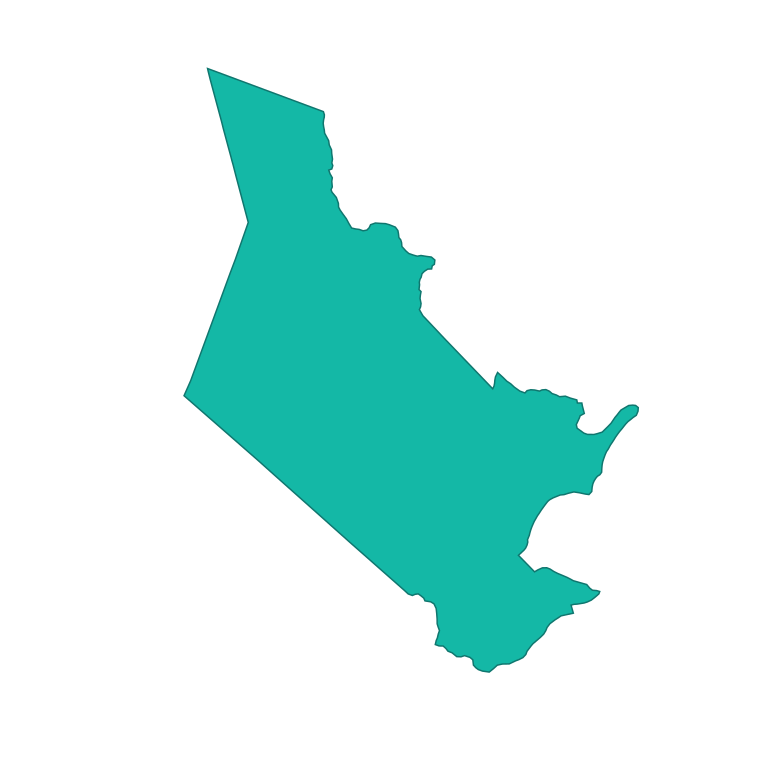 outline of Tutóia, Maranhão, Brazil, rotated 110°
{"feature_id": "56859067B80807231279111", "entity_name": "Tutóia", "entity_type": "district", "adm_level": 2, "iso_a3": "BRA", "parent_name": "Brazil", "parent_adm1": "Maranhão", "projection": "equal_earth", "projection_center": [-42.396, -2.926], "detail": "fine", "context": "isolated", "style": "filled", "palette": "teal", "viewbox_px": 768, "rotation_deg": 110, "n_neighbors": 0, "source": "geoboundaries", "source_scale": "gbopen_adm2", "svg_char_len": 3699}
<svg xmlns="http://www.w3.org/2000/svg" viewBox="0 0 768 768"><g transform="rotate(110 384 384)"><path d="M620.1,197.7L620.1,193.3L618.7,186.6L614.1,183.8L609.5,181.4L606.7,177.1L604.2,170.6L599.1,165.6L596.9,163.0L593.6,159.9L589.7,158.2L586.3,158.2L579.8,156.2L577.1,155.2L572.7,152.7L568.6,150.4L564.4,148.4L560.4,147.6L557.0,147.5L552.5,146.1L547.5,142.9L543.4,139.8L541.3,138.3L534.6,127.7L527.8,132.6L526.1,130.2L524.7,127.1L523.1,124.2L521.3,121.0L519.3,118.4L516.2,115.3L512.9,113.2L510.3,111.7L507.7,110.3L505.2,110.3L505.4,113.5L506.5,117.6L505.4,121.0L503.1,124.9L503.4,128.9L504.1,138.8L503.6,141.9L503.1,145.9L502.8,151.6L502.6,156.0L502.1,160.3L501.1,164.6L501.0,168.2L502.6,172.3L506.0,175.8L509.0,178.3L499.0,199.1L495.3,197.2L492.4,195.7L489.8,194.8L486.5,194.5L483.4,194.8L481.2,195.9L476.6,195.7L474.1,196.0L470.9,196.2L467.5,196.2L464.2,196.0L461.6,195.8L458.8,195.3L455.7,194.8L452.2,193.9L448.7,193.1L444.8,192.0L440.8,190.8L438.4,190.0L436.2,188.8L433.2,186.2L430.4,183.1L428.0,180.4L426.4,177.0L423.7,173.5L420.5,168.7L419.4,163.3L418.6,157.4L417.8,153.6L414.0,152.0L409.8,153.1L406.3,153.6L403.2,153.4L400.3,152.8L397.7,151.9L395.4,150.1L392.5,149.3L388.7,150.5L385.3,151.4L382.1,151.9L378.3,152.0L374.6,152.0L371.5,151.8L368.3,151.0L364.1,150.4L360.6,149.5L357.5,148.8L354.9,148.3L351.2,147.3L348.2,146.4L344.7,145.1L341.3,144.0L338.7,143.1L335.9,141.9L332.9,140.0L330.3,138.5L327.1,136.2L322.7,136.0L319.2,137.0L318.1,140.2L318.8,143.1L320.5,146.7L324.6,150.1L327.4,152.4L330.2,153.4L333.4,154.4L336.4,155.5L340.4,156.5L343.2,157.2L347.5,159.1L354.6,162.5L357.7,166.6L359.6,169.4L361.8,175.6L361.8,179.4L359.5,187.4L356.4,189.4L349.3,188.8L346.7,188.8L343.2,185.7L340.4,187.6L336.9,190.0L334.2,191.6L335.7,195.8L333.0,197.4L333.5,204.0L333.4,209.4L335.9,214.7L335.4,218.2L335.5,222.8L334.2,226.1L333.9,230.0L335.5,233.5L337.5,235.5L338.1,240.3L339.2,244.1L341.3,247.3L344.2,248.5L344.2,253.9L342.4,260.4L340.5,264.9L339.3,269.7L337.2,274.2L334.3,281.2L339.2,281.7L342.7,281.1L345.2,280.4L348.3,279.9L351.3,280.2L321.2,341.6L306.5,370.9L302.0,376.2L299.0,376.0L295.7,376.7L291.3,379.4L288.0,380.2L284.5,380.8L283.3,383.4L278.6,384.5L276.4,385.6L273.4,386.0L271.0,385.6L267.3,386.0L264.3,384.6L261.1,382.2L259.6,378.6L256.4,379.1L254.3,377.6L250.1,378.6L248.5,382.9L249.6,387.9L250.6,393.2L252.5,396.4L252.8,400.2L252.9,405.3L251.5,408.9L248.7,414.2L245.2,415.8L242.8,417.6L241.3,420.1L238.0,421.7L235.1,423.4L232.7,427.0L232.5,433.4L232.8,437.5L234.2,442.0L235.7,447.2L238.9,451.1L242.3,451.4L245.3,452.8L247.2,456.1L247.2,460.1L248.0,463.6L248.5,467.8L245.1,472.0L241.6,475.9L238.4,480.7L235.6,484.7L233.3,487.2L229.9,488.6L225.0,492.6L221.6,498.4L219.6,500.2L216.5,500.0L211.4,502.4L207.9,503.1L204.9,506.6L201.9,509.1L199.8,506.6L196.3,506.8L194.2,508.6L190.3,509.3L185.2,512.0L181.9,513.4L178.1,517.2L174.3,519.2L168.6,525.6L165.7,527.0L162.9,528.7L159.8,530.3L156.4,531.1L153.7,531.4L151.4,532.1L148.8,534.1L147.9,657.7L150.4,656.1L157.5,651.3L193.4,626.1L198.9,622.4L207.3,616.5L214.7,611.3L222.9,605.5L226.0,603.4L229.6,600.8L239.4,594.1L278.6,566.8L317.9,566.3L332.5,566.5L381.7,566.6L447.2,566.8L463.4,567.9L498.6,476.9L505.5,459.7L514.5,437.1L530.6,396.6L535.3,384.9L537.4,379.6L544.5,361.8L556.1,332.2L571.0,294.2L573.0,289.5L573.0,285.0L570.9,282.7L569.5,280.0L570.4,276.8L571.6,273.4L573.8,271.3L572.7,265.6L573.5,261.8L577.1,258.2L582.0,255.8L586.7,253.7L591.2,252.0L593.7,250.1L596.8,247.5L600.3,247.5L604.5,247.0L607.1,247.2L611.3,246.7L611.3,242.7L610.0,238.8L611.3,235.5L613.2,232.5L613.3,228.1L615.3,222.4L614.0,218.3L611.7,215.4L611.5,209.7L612.8,206.2L617.6,203.8L619.2,200.7L620.1,197.7Z" fill="#14b8a6" stroke="#0f766e" stroke-width="1.5"/></g></svg>